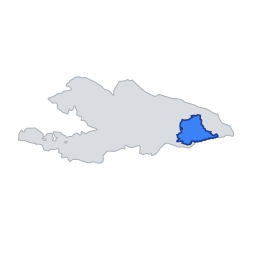 Jeti-Oguz, Ysyk-Köl, Kyrgyzstan shown in context, rotated 15°
{"feature_id": "92254566B8733465494202", "entity_name": "Jeti-Oguz", "entity_type": "district", "adm_level": 2, "iso_a3": "KGZ", "parent_name": "Kyrgyzstan", "parent_adm1": "Ysyk-Köl", "projection": "natural_earth1", "projection_center": [78.776, 41.857], "detail": "fine", "context": "in_parent", "style": "filled", "palette": "blue", "viewbox_px": 256, "rotation_deg": 15, "n_neighbors": 0, "source": "geoboundaries", "source_scale": "gbopen_adm2", "svg_char_len": 6627}
<svg xmlns="http://www.w3.org/2000/svg" viewBox="0 0 256 256"><g transform="rotate(15 128 128)"><path d="M57.1,151.1L57.7,150.8L59.7,150.4L63.6,150.0L65.0,150.3L67.7,151.8L69.7,151.7L70.1,151.9L70.9,153.2L73.8,151.3L75.9,150.7L77.0,148.7L79.3,146.4L81.2,146.1L81.2,146.4L81.6,146.8L83.5,147.3L84.1,146.7L84.5,145.8L83.8,144.5L83.8,144.0L84.5,143.1L87.6,144.4L88.2,144.4L89.7,143.7L91.0,142.4L91.5,141.4L97.9,138.2L98.4,137.6L98.3,137.2L95.7,136.5L94.5,136.9L93.3,136.9L92.7,136.4L89.4,136.2L88.7,135.9L86.6,133.6L84.0,132.2L82.7,132.2L81.2,132.8L80.7,132.6L80.6,130.4L80.3,129.1L79.4,128.8L78.2,129.3L75.0,128.6L74.7,125.8L73.5,123.4L71.8,122.5L71.8,121.0L71.2,120.4L70.7,120.6L70.0,121.3L70.3,122.9L70.0,124.5L69.6,125.3L68.8,125.9L67.9,125.9L66.5,125.1L66.1,130.0L65.8,130.3L64.1,129.6L62.7,129.9L60.5,129.6L59.0,128.8L55.9,127.9L54.5,127.0L53.7,123.7L52.8,122.6L52.0,122.3L48.7,123.5L45.4,121.5L43.7,121.1L43.3,120.5L43.4,119.7L48.7,116.1L50.7,113.6L52.0,112.6L55.3,111.4L56.1,109.2L56.4,108.9L59.7,107.8L63.4,105.8L63.5,105.2L63.2,104.8L59.9,102.9L58.2,103.8L57.2,102.7L57.3,101.6L58.4,99.8L59.4,98.8L59.8,97.0L61.2,95.8L62.6,93.9L64.3,92.4L67.4,91.2L69.1,91.6L70.8,91.3L73.3,90.4L74.8,90.3L81.2,91.7L83.3,91.8L88.3,93.7L92.1,94.6L94.0,96.4L100.3,97.2L102.0,97.8L102.6,98.6L104.3,99.7L105.8,100.0L104.6,95.7L105.2,93.1L107.3,86.0L108.3,85.0L113.5,83.0L114.7,81.5L118.3,81.6L119.1,81.3L119.5,80.5L130.7,86.6L135.0,88.4L140.9,89.9L145.9,90.5L146.8,90.1L148.8,87.7L149.8,87.6L162.2,88.0L171.1,86.7L172.4,86.8L175.7,88.2L186.3,88.6L190.4,89.5L197.0,89.1L199.7,89.3L204.7,91.0L206.4,91.4L209.7,91.7L210.9,91.4L211.6,91.8L212.4,94.0L215.4,96.8L216.6,98.2L217.7,98.9L223.6,99.3L225.8,99.9L231.2,105.1L231.9,108.2L231.3,108.9L225.6,109.3L224.3,109.7L222.9,112.0L215.2,114.8L214.1,114.7L203.8,120.0L196.6,124.4L196.3,126.5L192.2,131.4L189.0,132.0L186.4,131.9L182.0,133.3L176.4,132.8L174.5,132.9L170.8,132.3L169.3,132.6L167.7,133.6L165.5,137.5L164.6,138.4L164.2,139.3L163.9,141.1L163.0,143.1L161.2,146.2L159.6,147.6L158.1,148.5L157.0,146.6L155.1,147.9L153.3,147.6L152.2,148.0L149.7,149.6L146.0,149.6L145.6,149.0L145.0,144.6L144.3,142.5L143.8,142.0L143.2,142.0L137.9,145.4L135.4,146.1L133.4,146.2L130.8,145.1L130.2,145.4L129.8,146.0L129.6,146.7L130.3,148.6L130.1,149.0L128.9,149.0L127.2,149.4L122.1,153.5L118.9,154.6L115.9,155.0L114.2,155.8L113.1,157.3L111.1,161.5L111.2,162.4L112.0,163.5L112.5,166.1L112.4,166.8L110.8,168.9L108.7,169.5L107.1,169.8L104.1,169.5L102.5,170.0L99.6,171.6L97.2,171.9L92.7,171.9L88.3,171.3L86.9,171.5L83.0,172.5L81.6,174.0L80.9,175.3L80.5,175.5L79.0,174.3L77.0,172.1L76.0,172.1L72.5,173.9L72.0,173.9L71.0,173.2L71.2,170.4L70.1,169.9L67.7,169.7L66.9,169.1L67.2,167.3L67.0,166.7L66.3,166.2L65.1,166.3L62.6,167.8L59.6,168.3L58.6,168.8L57.4,170.7L53.5,171.1L52.3,170.7L50.0,167.1L48.0,166.5L46.0,166.7L43.1,167.6L42.5,166.8L41.8,166.6L41.1,167.2L37.7,167.4L34.2,167.3L32.3,166.8L31.0,166.9L28.4,167.8L25.2,168.0L25.0,164.7L24.1,162.4L25.2,158.7L25.8,157.5L28.1,158.9L28.9,158.7L29.2,158.0L28.8,156.3L30.1,154.5L38.4,152.0L47.4,155.6L48.5,158.0L49.3,157.9L50.6,156.8L51.1,154.8L52.9,153.7L56.8,152.4L57.1,151.1ZM61.5,159.3L61.7,159.0L61.1,157.3L62.1,155.6L60.2,155.4L59.3,154.9L58.3,153.3L57.9,153.2L57.4,153.6L57.0,154.7L57.3,155.9L58.6,157.0L57.9,159.3L60.6,159.5L61.5,159.3ZM52.0,160.9L51.9,160.4L51.3,160.2L47.9,159.6L48.0,160.0L49.3,161.7L50.3,161.8L52.0,160.9ZM72.4,158.0L72.6,156.9L70.5,157.5L70.3,158.1L71.0,158.7L71.9,159.0L72.4,158.0Z" fill="#d9dde1" stroke="#a8b0b8" stroke-width="1"/><path d="M189.1,128.7L189.3,128.9L189.5,128.9L189.8,128.6L190.0,128.7L190.3,128.6L190.4,128.4L190.5,128.4L190.8,128.3L190.8,128.2L191.0,128.2L191.3,128.1L191.5,128.0L191.6,127.9L191.8,127.9L192.0,127.8L192.2,127.6L192.3,127.5L192.3,127.4L192.3,127.2L192.4,126.8L192.3,126.6L192.4,126.4L192.5,126.4L192.4,126.3L192.5,126.2L192.4,126.2L192.4,125.9L192.6,125.6L192.6,125.4L192.8,125.2L192.8,124.9L192.7,124.9L192.7,124.7L192.7,124.4L192.8,124.3L192.8,124.2L193.0,124.1L193.4,123.9L193.5,123.9L193.8,123.8L194.1,123.7L194.3,123.7L194.4,123.8L194.7,123.9L194.8,123.9L195.1,124.0L195.3,123.9L195.3,124.0L195.5,124.1L195.8,124.2L196.0,124.0L196.1,123.9L196.3,123.9L196.5,124.0L196.6,123.9L196.8,124.0L196.9,123.9L197.0,123.9L197.2,123.7L197.4,123.4L197.4,123.5L197.5,123.5L197.8,123.4L198.0,123.4L198.3,123.4L198.5,123.3L198.7,123.2L198.8,123.2L199.0,123.1L199.3,123.0L199.4,122.9L199.5,122.8L199.8,122.8L199.8,122.7L199.9,122.4L200.0,122.3L200.1,122.2L200.3,122.0L200.4,121.9L200.5,121.9L200.8,122.0L201.0,122.1L201.3,122.0L201.5,121.9L201.6,122.0L201.9,122.1L202.0,122.1L202.0,121.9L202.2,121.7L202.3,121.5L202.3,121.4L202.5,121.2L202.8,121.1L203.0,120.9L202.9,120.8L202.8,120.7L203.0,120.5L203.0,120.3L203.1,120.2L203.3,120.2L203.5,120.1L203.8,120.2L204.0,120.1L204.3,120.0L204.6,119.9L204.8,120.0L205.1,120.0L205.2,119.9L205.3,119.9L205.3,119.7L205.5,119.7L205.8,119.5L205.8,119.4L205.9,119.2L206.0,119.1L206.3,119.2L206.5,119.0L206.4,118.9L206.5,118.9L206.7,118.7L206.8,118.7L207.0,118.5L207.1,118.4L207.3,118.3L207.3,118.2L207.5,118.0L207.7,117.9L207.8,117.9L208.0,117.8L208.2,117.7L208.3,117.6L208.6,117.6L208.8,117.7L209.0,117.7L209.0,117.4L209.1,117.5L209.2,117.4L209.1,117.2L209.3,117.2L209.5,117.1L209.7,116.9L209.7,117.0L209.9,117.0L210.0,116.9L210.3,116.8L210.4,116.7L210.5,116.7L210.8,116.5L210.8,116.4L210.9,116.2L211.1,116.1L211.3,116.2L211.6,116.1L211.8,116.0L212.0,116.0L212.4,116.1L212.7,116.1L212.7,115.9L212.8,115.9L212.9,115.7L213.1,115.7L213.3,115.6L213.2,115.4L213.4,115.3L213.5,115.3L213.6,115.2L213.7,114.9L213.7,115.0L213.8,114.9L214.1,114.6L214.3,114.5L214.4,114.4L214.5,114.2L214.8,114.2L214.9,114.3L215.0,114.3L215.1,114.5L215.2,114.4L215.3,114.3L215.4,114.2L215.5,114.1L215.8,114.0L215.8,113.9L215.9,113.7L216.0,113.6L216.2,113.4L216.3,113.4L216.6,113.3L216.9,113.3L217.0,113.2L216.6,111.9L215.1,111.0L214.4,111.4L213.0,112.9L211.7,113.1L210.3,112.1L208.9,112.1L208.7,111.9L209.1,110.3L206.9,110.6L205.7,110.4L204.1,110.7L203.4,110.3L202.9,109.0L201.0,108.6L200.8,107.5L199.3,106.1L197.9,105.7L197.9,104.9L197.4,104.1L197.3,102.1L196.7,101.1L195.2,100.5L195.0,98.5L194.5,97.1L192.0,97.2L189.8,99.1L188.7,98.6L186.0,99.9L186.5,100.6L187.4,100.9L184.2,104.4L180.4,105.9L178.2,105.9L178.1,107.9L177.3,109.7L177.6,110.7L177.9,113.5L180.4,114.0L180.7,115.2L178.8,115.3L179.2,116.3L180.1,117.0L180.6,117.9L180.8,118.2L180.3,119.1L178.6,119.9L178.3,121.4L177.1,121.9L177.9,122.9L178.0,123.7L178.3,124.3L179.0,124.7L180.6,124.8L179.9,126.3L178.7,127.3L178.8,128.3L181.5,127.6L182.9,126.9L183.5,126.4L184.5,126.8L184.1,128.5L189.1,128.7Z" fill="#3b82f6" stroke="#1e3a8a" stroke-width="1.5"/></g></svg>